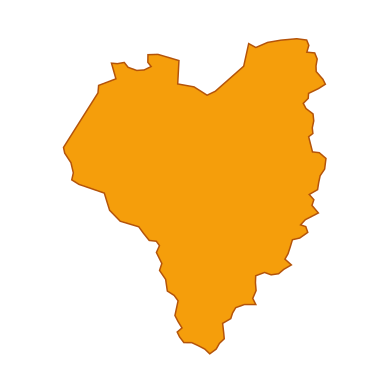 Ipiranga do Sul, Rio Grande do Sul, Brazil, rotated 274°
{"feature_id": "56859067B33035970320489", "entity_name": "Ipiranga do Sul", "entity_type": "district", "adm_level": 2, "iso_a3": "BRA", "parent_name": "Brazil", "parent_adm1": "Rio Grande do Sul", "projection": "robinson", "projection_center": [-52.426, -27.924], "detail": "fine", "context": "isolated", "style": "filled", "palette": "amber", "viewbox_px": 384, "rotation_deg": 274, "n_neighbors": 0, "source": "geoboundaries", "source_scale": "gbopen_adm2", "svg_char_len": 1529}
<svg xmlns="http://www.w3.org/2000/svg" viewBox="0 0 384 384"><g transform="rotate(274 192 192)"><path d="M227.5,60.7L221.9,62.3L212.8,69.2L202.8,72.3L195.7,71.2L191.7,78.7L184.8,104.6L176.7,107.7L168.0,111.1L157.8,122.5L153.6,141.3L147.3,146.6L140.7,152.7L140.4,159.8L136.2,163.3L129.2,160.7L118.6,166.9L111.5,165.1L103.0,171.8L91.5,174.3L87.6,181.4L82.5,185.7L67.6,183.6L61.7,187.2L55.7,191.5L51.3,187.0L46.6,189.7L41.2,194.4L41.7,202.3L39.2,208.8L36.2,215.7L31.8,221.0L37.0,227.1L42.9,229.9L47.8,234.4L53.4,233.5L63.1,231.7L68.4,239.5L74.1,240.9L79.7,243.7L83.4,252.1L84.2,263.5L90.1,260.0L98.1,262.8L106.0,261.6L112.9,261.4L116.8,270.0L114.9,276.7L116.5,284.1L121.3,289.0L126.2,296.2L131.5,289.4L137.1,292.1L143.5,293.7L151.4,295.5L153.6,302.7L159.8,310.3L165.4,307.9L166.8,302.6L172.3,307.0L179.9,319.5L187.0,312.6L192.8,314.1L197.7,309.1L203.1,317.1L210.1,317.7L217.2,318.7L224.1,322.7L234.8,323.3L240.1,316.2L240.4,309.4L255.3,304.5L258.8,308.5L264.4,307.5L271.4,308.5L278.3,307.3L283.2,299.9L288.2,296.8L293.5,301.4L298.5,301.4L304.0,311.0L308.8,317.5L313.6,314.7L320.8,307.5L326.4,306.9L333.4,307.6L339.3,304.7L339.5,296.8L346.4,298.3L351.6,295.8L352.2,285.8L349.7,270.2L346.5,257.0L340.6,245.6L344.0,238.2L321.1,234.8L294.1,208.2L289.6,200.3L292.5,195.0L297.0,186.7L298.8,170.2L322.2,169.8L326.9,148.4L325.9,138.5L318.3,138.9L314.3,142.5L310.4,135.7L309.4,128.4L311.9,119.6L316.5,115.4L314.8,108.6L314.9,102.7L299.6,108.2L291.8,91.4L284.3,91.3L227.5,60.7Z" fill="#f59e0b" stroke="#b45309" stroke-width="1.5"/></g></svg>